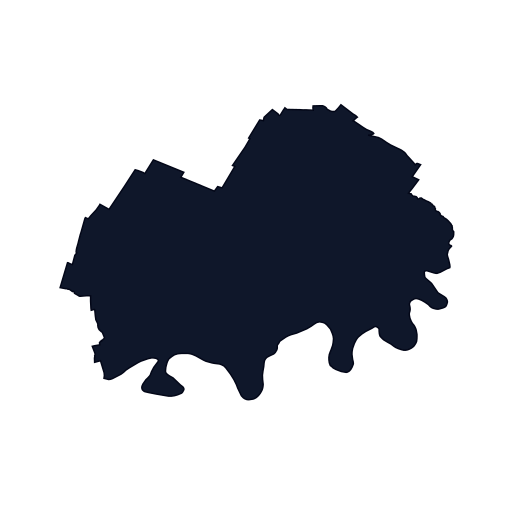 Paltinis, Botosani, Romania, rotated 166°
{"feature_id": "2599482B86500837031664", "entity_name": "Paltinis", "entity_type": "district", "adm_level": 2, "iso_a3": "ROU", "parent_name": "Romania", "parent_adm1": "Botosani", "projection": "natural_earth1", "projection_center": [26.672, 48.222], "detail": "fine", "context": "isolated", "style": "filled", "palette": "ink", "viewbox_px": 512, "rotation_deg": 166, "n_neighbors": 0, "source": "geoboundaries", "source_scale": "gbopen_adm2", "svg_char_len": 6041}
<svg xmlns="http://www.w3.org/2000/svg" viewBox="0 0 512 512"><g transform="rotate(166 256 256)"><path d="M412.2,334.5L412.9,333.8L420.1,321.2L421.3,319.3L425.1,312.3L425.3,311.8L428.1,307.0L428.9,305.3L429.6,303.3L429.1,302.4L431.6,300.5L436.2,292.1L438.4,293.5L439.9,294.9L440.5,295.1L453.7,272.7L448.5,270.3L447.7,270.2L446.9,269.5L445.0,268.7L442.7,265.9L441.5,265.8L441.3,265.6L441.1,265.2L441.2,264.0L441.1,263.7L440.2,262.8L438.4,261.1L437.2,259.8L436.4,259.5L429.7,258.4L426.1,257.4L427.4,252.3L428.8,245.1L429.0,243.2L426.3,243.3L425.8,243.3L425.5,242.9L425.5,242.5L426.4,236.6L426.8,232.9L426.0,229.1L426.0,227.8L426.3,226.9L426.5,224.7L426.0,222.5L424.3,219.9L423.6,219.2L422.8,213.6L423.3,212.7L424.5,212.1L425.9,211.1L426.3,210.8L426.6,210.8L426.7,211.2L427.3,210.7L427.7,210.7L427.9,210.4L428.8,209.8L429.1,207.6L434.5,208.0L436.7,208.0L435.8,200.8L435.9,199.3L436.7,198.2L436.8,197.1L437.4,196.2L438.3,191.9L432.2,192.0L431.6,179.4L432.1,176.5L433.1,174.1L428.8,171.8L426.8,171.6L424.9,171.8L415.6,174.0L412.7,175.2L409.8,176.8L405.6,178.3L396.3,181.1L393.2,181.8L385.6,182.5L381.7,182.4L379.6,181.7L377.8,180.9L376.3,179.6L376.1,178.8L376.0,177.8L376.7,177.1L382.1,172.7L385.4,169.0L387.3,166.2L388.0,165.5L390.7,163.7L392.7,162.6L396.7,159.1L398.0,157.4L398.5,156.4L398.7,155.4L398.7,154.4L398.5,153.5L397.4,151.9L396.7,151.3L393.0,149.4L386.4,146.3L375.0,141.3L372.0,140.5L368.8,140.2L365.7,140.3L361.6,140.9L360.7,141.3L360.0,141.9L358.7,143.3L358.2,144.1L358.1,145.0L358.3,145.9L358.7,146.8L360.6,149.2L366.0,157.8L369.0,160.6L370.3,162.1L371.4,163.7L371.7,164.6L371.8,165.6L371.4,167.1L370.4,169.9L369.5,171.6L368.1,174.1L367.0,175.6L365.4,177.3L361.9,178.9L359.0,179.9L355.9,180.1L354.8,180.0L351.7,179.5L345.4,177.9L343.5,177.1L341.7,176.1L338.5,173.7L332.1,167.7L330.0,166.0L324.5,162.9L322.3,161.9L317.6,160.1L315.9,159.0L313.7,157.1L312.3,154.7L309.3,147.6L307.3,141.4L306.1,135.9L305.7,132.3L304.0,124.0L302.6,121.5L301.3,120.1L299.7,119.0L298.7,118.6L297.7,118.3L293.4,117.9L292.3,118.0L290.3,118.5L288.4,119.4L286.7,120.5L285.1,121.8L283.7,123.2L282.4,124.7L281.4,126.4L280.7,128.0L280.1,129.8L279.5,134.4L278.6,138.8L277.0,142.9L275.3,146.7L274.0,150.4L273.0,152.5L271.8,153.8L270.4,154.8L269.5,155.2L266.7,155.9L262.5,156.7L260.7,157.7L258.6,159.8L257.9,160.9L257.5,162.0L257.1,163.8L256.6,164.6L255.0,165.9L254.0,167.1L253.2,167.7L246.8,170.1L244.0,170.8L241.1,171.2L235.1,171.4L224.3,173.1L219.6,174.5L216.0,175.9L213.2,176.8L210.3,176.8L207.6,175.6L206.0,174.6L205.3,174.0L203.8,171.9L201.4,167.1L200.7,162.6L200.5,159.8L200.8,157.0L202.0,153.5L203.2,150.8L205.9,146.7L207.1,145.1L208.7,142.7L209.8,140.0L210.4,137.4L210.7,134.6L210.4,131.8L209.2,130.3L208.2,128.7L205.9,126.6L201.2,123.3L196.7,121.3L195.8,121.2L193.8,121.6L193.0,122.0L191.5,123.0L189.6,125.0L187.9,127.4L187.5,128.3L187.3,130.2L187.3,132.2L186.7,137.3L186.0,139.8L184.6,143.0L181.7,147.4L179.1,150.4L177.8,151.6L176.3,152.7L172.0,154.8L167.7,156.3L161.1,157.8L158.4,158.7L157.4,158.7L156.4,158.5L154.6,156.5L154.3,155.8L154.3,155.0L154.7,153.3L155.1,150.7L155.1,149.1L155.0,148.2L154.6,147.4L153.4,145.3L152.4,143.8L149.1,140.5L146.3,137.9L143.9,134.9L142.6,133.5L140.3,131.7L137.6,130.0L135.5,128.9L133.5,128.4L131.5,128.3L129.4,128.6L127.4,129.1L125.5,129.9L124.6,130.4L123.2,131.6L121.9,132.9L120.8,134.4L119.9,136.8L119.2,139.3L118.8,141.0L118.5,145.3L118.6,146.9L119.1,149.4L119.7,151.1L120.5,152.6L121.2,155.0L121.7,158.4L121.5,161.8L121.1,163.4L119.9,165.5L119.3,167.1L119.0,169.0L118.9,171.9L118.6,172.8L117.4,174.4L116.5,175.0L114.5,175.7L112.3,176.2L111.2,176.0L110.1,175.7L108.3,174.7L105.9,172.9L103.2,170.3L100.4,167.1L99.3,165.0L98.1,163.5L96.7,162.4L94.1,161.0L92.3,160.4L91.3,160.3L87.3,160.4L85.3,160.7L84.3,161.1L83.5,161.7L82.5,163.1L81.6,164.6L81.3,165.5L81.3,167.1L81.6,168.4L81.9,169.3L83.1,170.9L88.0,175.9L88.5,176.7L92.1,186.5L92.5,187.3L96.4,192.8L97.3,194.4L97.1,197.0L96.6,199.8L95.7,200.5L94.6,200.6L93.6,200.3L87.3,196.5L85.4,195.6L84.4,195.4L81.1,195.7L73.8,197.5L70.8,197.8L70.4,198.6L70.1,200.7L70.0,206.0L70.2,209.3L70.1,211.2L68.3,214.7L66.8,216.3L63.9,218.2L63.9,218.5L64.5,219.2L65.6,219.8L65.9,220.8L66.0,221.5L65.4,223.0L64.1,224.3L63.9,224.6L62.3,225.1L61.8,225.3L61.1,225.9L59.9,227.1L59.1,228.7L58.3,231.6L58.3,231.8L58.6,232.3L59.1,233.9L58.6,236.1L58.6,237.2L58.4,237.8L58.8,238.5L58.9,239.3L59.2,240.2L61.0,243.6L62.3,245.6L64.5,247.8L64.9,249.0L65.3,249.4L66.2,249.7L66.6,250.4L67.2,251.4L67.3,251.7L67.1,252.5L67.6,253.8L68.6,255.1L69.0,255.3L69.9,255.5L70.4,256.3L71.0,257.7L70.5,258.5L70.9,259.3L70.7,260.0L70.7,260.3L71.1,261.2L71.7,261.4L71.9,261.7L72.1,262.5L72.6,262.9L72.6,263.6L73.2,263.8L73.4,264.2L73.7,265.1L75.8,267.1L77.3,268.1L79.6,270.2L80.7,270.9L80.8,271.4L81.6,272.3L83.0,272.5L84.7,272.0L85.4,272.2L85.6,272.4L85.5,273.6L86.2,274.8L87.9,275.7L89.2,276.0L89.6,276.9L90.2,277.7L90.4,278.8L91.9,279.4L92.9,280.1L88.3,283.6L79.7,290.6L84.7,294.7L85.2,295.2L74.2,304.8L76.9,306.7L77.5,306.8L78.6,306.3L78.6,306.5L79.6,306.0L80.3,307.9L83.5,313.9L85.2,316.9L86.2,319.5L87.0,320.8L89.4,323.6L98.7,331.3L102.1,334.8L105.8,339.0L108.5,341.3L118.0,346.1L113.5,345.9L112.5,346.1L112.1,346.4L112.8,347.7L114.7,349.4L118.1,351.9L121.1,355.0L128.4,363.2L129.2,363.7L124.9,365.9L124.1,366.2L125.3,368.1L127.5,370.3L137.0,382.2L140.0,379.9L142.9,378.0L143.9,377.4L144.8,377.2L147.2,377.8L148.7,378.6L151.2,380.9L151.8,381.9L151.9,382.6L153.1,384.2L154.9,385.6L156.6,386.1L164.3,387.8L164.6,386.9L164.9,386.1L165.2,383.6L172.5,385.8L174.8,386.3L177.9,387.3L190.5,390.7L192.1,392.8L192.9,392.0L193.6,391.5L198.1,387.1L198.7,386.7L199.0,386.7L199.5,386.9L200.0,387.4L200.2,388.5L204.7,394.1L214.5,388.7L215.0,387.9L216.0,385.5L219.5,387.1L234.6,372.2L233.5,371.2L240.3,364.2L256.9,349.5L254.8,348.1L272.4,330.3L276.4,332.6L280.7,329.0L309.9,350.6L305.8,354.7L332.3,374.1L343.9,362.9L344.2,363.0L345.3,364.3L349.6,367.3L352.4,368.9L366.8,355.4L387.3,336.8L394.9,343.9L395.6,343.1L400.0,339.3L406.3,335.2L409.8,332.6L412.2,334.5Z" fill="#0f172a" stroke="#020617" stroke-width="1.5"/></g></svg>